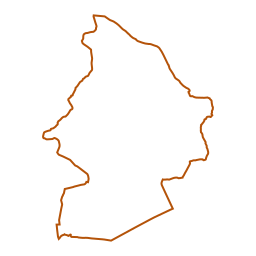 Nakhon Luang, Phra Nakhon Si Ayutthaya, Thailand
{"feature_id": "78962969B25127824305120", "entity_name": "Nakhon Luang", "entity_type": "district", "adm_level": 2, "iso_a3": "THA", "parent_name": "Thailand", "parent_adm1": "Phra Nakhon Si Ayutthaya", "projection": "mercator", "projection_center": [100.63, 14.474], "detail": "fine", "context": "isolated", "style": "outline", "palette": "amber", "viewbox_px": 256, "rotation_deg": 0, "n_neighbors": 0, "source": "geoboundaries", "source_scale": "gbopen_adm2", "svg_char_len": 5510}
<svg xmlns="http://www.w3.org/2000/svg" viewBox="0 0 256 256"><path d="M56.6,224.6L57.2,230.2L57.9,235.9L58.0,236.7L58.5,238.1L58.8,238.9L59.9,237.7L60.4,236.9L61.0,236.2L61.3,235.9L61.7,235.6L62.4,235.4L63.0,235.0L63.8,234.9L64.2,234.6L64.4,234.4L64.5,234.5L65.2,234.7L67.4,235.3L67.8,235.4L68.1,235.8L68.5,235.9L69.1,235.4L69.6,235.3L69.8,235.1L70.1,234.7L70.4,234.6L70.6,234.6L70.8,234.8L70.8,235.0L70.6,235.4L70.6,235.6L70.8,236.1L71.3,236.8L71.5,236.9L77.5,237.1L78.0,237.3L78.6,237.5L82.8,237.9L86.0,237.8L87.9,237.9L91.4,238.4L102.3,239.3L104.2,239.5L111.1,240.6L134.8,227.7L149.2,220.0L154.2,217.4L169.8,210.0L172.8,208.7L165.0,192.0L162.0,185.5L161.8,185.0L161.6,184.3L161.5,183.7L161.5,183.3L161.6,182.6L161.9,181.6L162.8,179.5L163.1,179.6L165.2,179.6L167.2,179.4L169.2,179.6L173.0,178.2L174.3,177.8L175.8,177.6L176.9,177.6L177.4,177.7L178.5,178.2L178.9,178.2L180.4,178.0L182.6,177.6L182.7,177.1L182.9,176.7L183.8,175.4L184.9,173.2L186.4,170.6L189.7,164.4L189.9,163.7L190.0,163.4L189.8,161.8L189.8,161.6L190.1,161.3L191.7,161.0L193.0,160.5L193.7,160.3L195.7,160.3L196.2,160.1L200.2,159.3L201.5,159.3L202.7,159.4L203.3,160.1L203.5,160.2L203.9,160.2L205.2,159.8L205.7,159.5L205.8,159.3L206.1,157.9L206.8,156.0L207.4,154.9L207.9,154.1L208.1,153.7L208.2,152.4L208.1,151.6L207.4,148.9L207.1,148.3L206.8,147.8L206.7,147.6L206.7,146.6L206.6,145.5L206.1,144.7L205.5,143.4L205.5,143.1L205.6,142.4L205.6,142.1L204.0,139.3L203.0,137.5L202.8,137.0L202.6,135.8L202.5,135.3L202.4,134.3L201.6,132.9L201.0,132.3L200.8,130.4L200.9,129.3L200.8,127.3L200.9,126.7L201.2,125.8L201.2,125.5L201.0,125.1L201.1,124.9L202.3,123.7L202.5,123.3L203.5,122.2L203.8,121.5L204.4,120.6L204.4,120.4L204.4,119.8L204.5,119.5L205.0,119.2L205.7,119.0L206.0,118.9L206.2,118.6L206.5,117.6L206.8,117.2L207.0,117.0L207.4,116.8L209.1,116.6L209.5,116.6L210.3,117.0L210.7,117.0L211.0,116.7L211.4,116.1L212.3,115.4L212.3,115.2L212.1,114.8L211.7,114.5L211.6,114.3L211.5,114.1L211.5,113.7L211.9,112.9L212.0,112.6L212.0,112.2L211.9,111.8L212.0,110.9L212.1,110.5L212.5,109.9L212.7,109.5L212.8,108.7L212.9,107.2L212.3,106.1L211.7,102.7L211.6,101.1L211.5,100.8L211.4,100.5L211.0,100.0L210.3,99.4L209.9,98.9L209.6,98.3L209.3,98.2L208.5,98.0L207.6,97.5L204.3,97.8L196.4,97.6L195.4,97.4L194.3,97.1L192.3,96.1L192.0,96.1L191.4,96.3L190.6,96.2L190.3,96.1L190.1,95.7L189.9,95.5L189.4,94.2L189.1,93.3L188.7,92.9L188.5,91.9L189.2,91.5L189.5,91.1L189.6,90.9L189.6,90.4L189.3,89.8L188.4,88.9L187.8,88.5L186.4,87.9L183.6,86.0L182.9,85.4L181.9,84.4L180.5,82.9L180.2,82.5L179.6,81.4L179.2,80.9L178.5,80.3L175.8,78.5L175.4,78.1L174.8,77.3L173.7,75.0L172.4,72.8L170.0,69.2L169.5,68.2L169.2,67.4L169.2,67.1L169.1,66.6L168.8,66.0L168.7,65.2L168.2,64.8L163.5,55.1L161.7,51.7L159.3,48.1L158.8,47.6L158.1,47.1L157.4,46.6L156.9,46.3L154.1,45.4L151.2,44.3L149.9,44.0L148.8,44.0L145.2,43.5L144.5,43.3L142.4,42.7L138.1,41.2L137.4,40.8L136.5,40.1L136.3,39.9L135.8,39.2L133.6,38.2L133.0,37.9L132.3,37.4L130.5,35.9L130.0,35.4L129.5,34.7L129.0,34.3L128.8,34.1L127.9,33.4L127.5,32.8L126.8,32.4L126.3,31.7L125.6,31.1L125.2,30.8L124.1,30.1L122.9,29.3L122.1,28.6L118.7,25.2L116.6,23.5L114.8,22.3L113.6,21.5L112.4,21.0L110.1,20.1L109.0,19.4L104.7,16.4L93.7,15.4L93.6,16.1L93.6,16.7L94.3,18.9L95.3,22.3L96.2,25.0L96.5,26.0L96.5,26.6L96.1,27.7L96.0,28.2L96.0,29.0L95.8,29.6L95.4,30.1L95.0,30.5L94.3,31.2L93.9,31.5L93.7,31.6L93.4,31.8L91.3,32.0L90.1,32.2L88.1,32.8L87.4,33.0L86.0,33.1L85.7,33.2L84.8,33.6L84.1,34.1L83.8,34.4L83.5,35.1L83.3,36.0L83.2,38.6L83.0,39.1L82.0,40.7L82.0,40.9L81.9,41.0L82.5,43.0L82.7,43.3L83.3,43.8L83.9,44.3L87.6,46.8L90.8,49.4L91.0,49.6L91.1,50.2L91.1,51.2L91.2,52.4L92.1,58.1L92.1,59.0L91.6,62.6L91.6,63.9L92.1,68.2L92.1,68.9L92.1,69.5L92.0,69.9L91.7,70.4L90.4,71.9L89.7,72.7L88.2,75.7L87.9,75.9L87.7,76.0L86.0,76.6L85.6,76.8L85.2,77.2L84.1,78.4L83.1,78.8L82.4,80.3L82.3,80.6L80.0,82.1L79.8,82.4L77.4,86.0L75.5,88.0L75.5,88.7L75.4,89.2L75.3,89.6L73.2,93.7L72.9,94.2L72.7,95.1L72.6,95.4L72.3,95.6L71.3,95.6L71.2,95.7L71.1,95.9L70.8,97.0L70.0,97.5L69.6,98.0L68.5,98.9L68.4,99.2L68.3,99.6L68.3,100.0L68.4,100.4L68.8,100.9L69.9,103.2L70.6,104.2L71.2,105.0L72.3,107.1L72.4,107.5L72.5,108.0L72.4,108.7L72.3,108.9L72.0,109.2L71.5,109.5L70.9,109.7L70.5,110.0L70.0,110.7L69.4,111.8L68.3,113.5L67.6,114.5L65.7,116.4L65.6,116.5L65.3,116.6L64.0,116.7L63.2,117.0L62.6,117.4L61.6,118.3L60.7,119.4L59.7,120.3L58.3,121.3L57.6,122.8L57.6,123.0L57.8,123.8L57.7,124.2L57.5,124.6L57.2,124.9L56.5,125.4L55.6,126.6L53.4,128.2L52.9,128.4L51.6,128.7L51.1,128.9L50.9,129.0L50.6,130.0L50.3,130.3L50.1,130.4L48.5,130.7L47.2,131.1L45.5,131.7L44.5,132.2L44.1,132.5L44.0,132.9L43.7,133.7L43.3,135.4L43.1,136.2L43.1,136.8L43.2,137.5L43.4,137.9L43.7,138.2L44.4,138.2L44.6,138.3L46.2,139.2L46.5,139.3L48.2,139.3L52.4,139.0L52.8,138.8L53.5,138.4L54.1,138.1L54.6,138.0L56.0,138.6L56.9,139.1L57.7,139.7L58.3,140.3L58.6,140.7L58.8,141.2L59.5,144.2L59.6,145.1L59.5,146.6L59.2,147.5L57.2,152.4L58.0,153.7L58.4,154.2L59.0,154.8L59.3,154.9L63.1,156.5L66.4,158.1L69.9,159.8L70.2,160.0L74.9,165.2L75.2,165.5L77.3,166.4L87.3,174.0L87.9,175.2L88.2,176.2L88.6,178.5L88.6,179.1L88.0,182.2L86.4,181.9L86.0,182.8L85.5,183.5L85.1,183.9L84.6,184.2L84.1,184.4L83.3,184.5L80.8,184.9L78.6,185.5L74.2,186.6L73.3,187.0L70.0,187.8L64.8,189.0L63.9,193.3L63.5,194.0L63.0,194.9L62.9,195.1L62.9,195.5L62.4,196.3L62.2,196.6L61.9,197.6L61.1,200.2L61.1,200.4L61.6,202.1L62.1,204.1L62.1,204.8L61.2,208.9L60.2,214.3L59.2,219.6L59.1,220.1L59.5,223.7L59.6,224.5L56.6,224.6Z" fill="none" stroke="#b45309" stroke-width="2"/></svg>